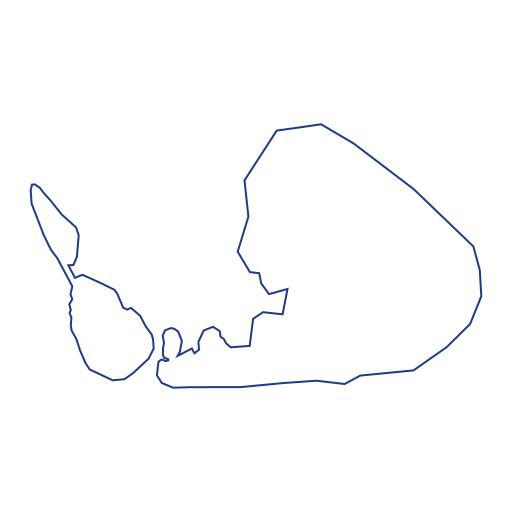 Losap, Federated States of Micronesia (Natural Earth projection)
{"feature_id": "79324940B35142338686244", "entity_name": "Losap", "entity_type": "district", "adm_level": 2, "iso_a3": "FSM", "parent_name": "Federated States of Micronesia", "parent_adm1": "", "projection": "natural_earth1", "projection_center": [152.733, 6.895], "detail": "fine", "context": "isolated", "style": "outline", "palette": "blue", "viewbox_px": 512, "rotation_deg": 0, "n_neighbors": 0, "source": "geoboundaries", "source_scale": "gbopen_adm2", "svg_char_len": 1438}
<svg xmlns="http://www.w3.org/2000/svg" viewBox="0 0 512 512"><path d="M161.5,359.6L159.9,360.6L158.4,362.1L156.9,375.3L161.8,383.0L173.0,387.7L189.3,387.2L240.5,387.1L282.8,383.1L316.4,380.7L344.7,384.0L360.2,375.6L413.5,370.4L446.6,347.2L470.1,324.0L481.3,296.3L479.8,270.2L473.4,246.5L413.9,189.3L353.8,143.6L321.1,124.3L276.7,130.6L244.5,180.4L248.4,216.6L237.7,251.7L249.9,272.1L259.2,273.2L261.2,283.4L269.0,294.1L287.5,289.0L282.6,314.3L263.1,312.2L253.1,318.8L249.7,345.9L230.8,347.3L226.2,343.5L223.6,338.7L220.6,336.9L219.7,331.1L213.0,326.8L203.7,330.5L198.4,341.9L199.0,349.7L194.4,353.3L191.9,348.5L177.6,355.9L179.8,351.9L181.9,341.0L178.1,331.5L174.2,328.7L170.8,328.1L165.1,330.3L162.7,335.6L164.0,342.9L163.0,348.2L163.0,350.9L162.9,354.8L164.1,357.6L168.3,359.3L168.3,360.4L165.8,361.1L162.6,359.8L161.5,359.6ZM151.7,334.5L145.6,326.2L140.1,315.7L131.0,307.9L127.2,309.6L123.1,307.6L117.3,293.7L114.3,289.7L99.7,282.6L82.5,274.8L74.9,277.8L68.4,265.3L73.4,265.0L76.9,256.8L78.7,235.2L76.0,227.4L61.7,214.5L50.6,200.6L43.9,193.2L39.8,187.8L34.8,184.4L31.9,184.7L30.7,190.1L31.6,203.7L36.9,217.2L43.6,234.8L50.9,249.7L57.3,258.2L72.3,286.3L70.5,294.4L72.3,299.2L69.3,304.3L70.8,310.0L69.6,313.1L71.4,317.5L70.8,325.9L71.7,330.7L76.4,339.1L79.9,350.0L85.4,362.9L89.8,369.6L94.7,371.8L112.7,380.3L124.5,379.2L133.6,372.7L148.7,358.5L153.7,348.5L153.1,339.7L151.7,334.5Z" fill="none" stroke="#1e3a8a" stroke-width="2"/></svg>